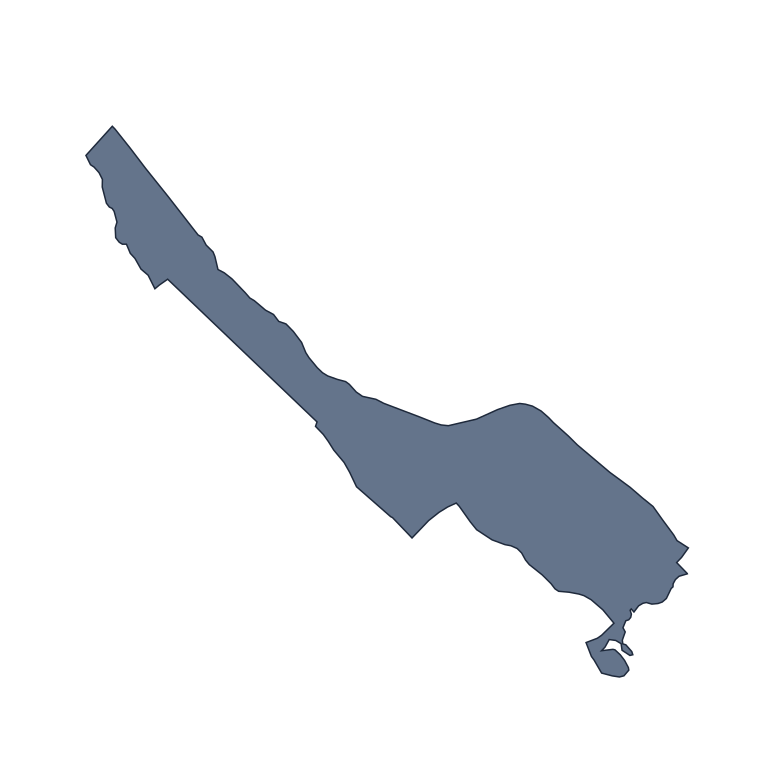 Gagaemauga I (PART), A'ana, Samoa (Albers equal-area conic projection), rotated 133°
{"feature_id": "51752279B78880498357537", "entity_name": "Gagaemauga I (PART)", "entity_type": "district", "adm_level": 2, "iso_a3": "WSM", "parent_name": "Samoa", "parent_adm1": "A'ana", "projection": "albers", "projection_center": [-171.869, -13.827], "detail": "fine", "context": "isolated", "style": "filled", "palette": "slate", "viewbox_px": 768, "rotation_deg": 133, "n_neighbors": 0, "source": "geoboundaries", "source_scale": "gbopen_adm2", "svg_char_len": 2135}
<svg xmlns="http://www.w3.org/2000/svg" viewBox="0 0 768 768"><g transform="rotate(133 384 384)"><path d="M441.8,46.5L442.6,42.2L447.0,27.7L441.8,18.0L437.7,12.0L433.8,9.5L426.3,9.8L424.7,11.9L422.1,19.5L420.9,26.5L420.9,33.8L421.9,35.6L430.7,43.0L425.7,42.9L417.3,45.0L413.5,39.6L412.2,33.5L416.4,28.3L414.8,19.0L412.3,17.4L410.7,20.3L409.8,29.3L411.2,32.1L408.8,35.0L400.8,38.5L399.3,43.0L392.2,45.7L389.6,44.2L386.4,44.4L383.6,46.1L381.6,49.7L379.9,49.8L380.3,45.7L372.6,46.5L367.8,45.1L364.9,43.1L362.3,38.0L357.7,33.9L353.7,31.8L348.3,31.2L337.7,34.5L335.3,34.3L332.9,36.3L328.3,37.5L323.4,37.1L315.3,32.3L315.8,32.6L315.0,48.2L307.9,48.1L296.3,49.6L298.7,62.9L296.8,69.2L293.5,87.0L290.1,103.7L291.1,117.5L291.7,133.5L294.6,158.5L296.7,201.2L296.3,213.5L296.7,233.9L296.3,240.7L296.6,250.7L298.9,260.3L302.3,266.8L305.7,271.5L313.7,277.4L325.3,283.5L346.6,292.4L370.6,308.5L374.9,314.2L377.9,320.3L383.3,334.2L398.3,371.0L400.7,379.5L407.7,391.3L408.8,398.8L407.9,409.2L408.4,413.7L412.5,421.4L416.5,430.7L417.7,436.7L417.6,443.9L415.9,456.8L414.4,462.6L409.8,472.6L407.4,486.2L406.9,496.6L410.0,503.7L408.5,512.2L410.8,521.0L411.5,535.6L412.6,540.8L411.9,547.5L410.8,566.7L411.6,576.5L413.5,583.5L406.1,594.6L404.0,599.1L403.7,608.8L400.8,617.3L401.8,621.7L394.1,669.8L388.9,705.4L384.7,729.9L381.0,754.6L380.8,758.5L420.1,757.9L423.8,748.2L423.1,744.0L423.8,736.5L426.4,729.5L432.1,724.4L441.1,710.3L441.9,705.6L441.0,702.5L441.8,699.1L447.7,689.7L453.2,687.0L460.0,680.0L460.9,674.3L460.2,670.7L457.4,667.7L461.5,658.6L462.0,651.8L465.7,640.1L465.3,630.7L470.6,616.5L464.9,615.8L454.9,613.7L456.8,457.6L457.4,407.1L461.7,405.2L462.3,393.9L464.0,385.5L466.6,375.7L468.6,359.7L472.0,348.9L477.9,334.0L476.5,288.7L475.9,286.7L477.5,258.5L453.4,258.2L440.2,256.2L430.6,253.6L421.8,250.0L422.1,245.6L426.0,226.7L427.4,216.9L424.3,198.7L419.0,186.0L415.7,180.8L413.5,174.4L413.7,168.1L416.2,160.5L417.0,154.6L415.7,138.1L416.1,125.7L417.2,119.2L416.5,114.9L410.1,106.7L404.7,98.2L402.4,93.4L400.5,85.4L399.9,69.9L402.1,52.7L419.4,53.5L424.5,54.6L435.3,59.9L441.8,46.5Z" fill="#64748b" stroke="#1e293b" stroke-width="1.5"/></g></svg>